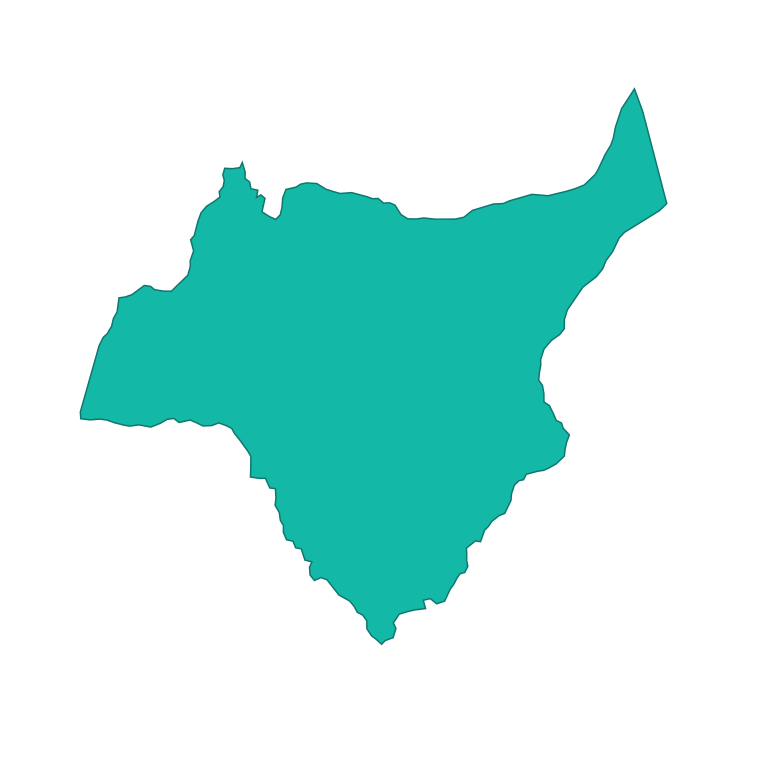 Portelândia, Goiás, Brazil (Robinson projection), rotated 172°
{"feature_id": "56859067B45598066883188", "entity_name": "Portelândia", "entity_type": "district", "adm_level": 2, "iso_a3": "BRA", "parent_name": "Brazil", "parent_adm1": "Goiás", "projection": "robinson", "projection_center": [-52.695, -17.338], "detail": "fine", "context": "isolated", "style": "filled", "palette": "teal", "viewbox_px": 768, "rotation_deg": 172, "n_neighbors": 0, "source": "geoboundaries", "source_scale": "gbopen_adm2", "svg_char_len": 2831}
<svg xmlns="http://www.w3.org/2000/svg" viewBox="0 0 768 768"><g transform="rotate(172 384 384)"><path d="M391.9,155.4L385.0,156.0L374.1,155.8L375.2,164.4L368.0,165.0L362.4,159.0L354.2,160.5L346.9,171.7L342.6,176.1L338.7,181.7L335.1,185.5L330.3,186.1L326.4,191.7L326.7,197.9L325.7,204.3L325.2,210.0L315.3,215.9L310.4,214.4L304.7,225.2L300.6,228.3L296.3,233.0L288.4,237.6L282.4,239.1L278.3,245.3L274.5,250.9L273.0,257.5L269.1,265.6L263.9,269.4L259.1,269.8L255.7,274.8L250.9,275.4L244.0,276.2L237.8,276.3L232.2,278.0L224.5,281.0L215.5,287.5L213.6,294.6L211.3,300.8L207.5,307.8L212.7,315.2L213.7,320.7L218.5,324.0L220.4,331.1L223.2,339.6L228.1,344.0L227.0,352.3L227.3,360.6L230.3,366.2L228.3,374.4L226.2,380.6L225.5,386.4L220.6,396.5L212.1,403.9L203.1,408.6L197.8,413.6L196.4,422.7L192.1,431.9L173.6,452.2L158.8,460.7L151.5,467.5L146.9,475.4L139.3,483.1L130.7,496.0L124.6,500.8L87.2,517.3L78.9,523.3L89.8,617.5L94.9,641.4L110.4,623.6L119.0,606.3L122.7,595.6L126.2,588.9L133.2,580.3L142.4,566.2L145.7,562.1L158.0,553.2L167.8,550.8L176.8,549.4L195.3,547.6L211.2,551.2L234.3,547.9L240.7,546.1L250.5,547.0L272.3,543.6L281.7,538.0L290.7,537.4L310.8,540.2L321.5,542.9L329.0,542.9L337.4,544.2L343.6,549.4L348.2,559.6L353.1,562.6L359.3,563.2L363.9,568.5L369.6,569.1L374.7,571.8L389.3,578.0L401.1,578.8L409.1,582.4L414.4,585.0L422.7,591.9L432.7,593.9L438.8,593.5L443.7,591.2L454.0,590.3L458.4,582.4L460.4,573.2L463.2,566.0L468.3,562.1L474.0,565.6L480.9,571.5L476.0,584.4L479.6,588.4L484.3,586.5L482.0,593.5L488.6,595.9L488.9,602.7L493.0,606.8L492.0,613.3L493.5,623.1L496.6,618.3L504.0,618.3L511.7,619.8L514.5,613.6L513.8,607.8L515.8,601.9L520.4,597.4L520.4,591.9L527.6,588.0L534.8,584.8L541.2,579.2L545.4,571.5L551.2,557.4L555.4,553.8L554.0,542.3L558.7,533.2L559.5,527.3L563.1,519.0L575.3,510.2L581.5,505.5L589.5,506.7L598.0,509.3L601.6,513.2L607.7,514.9L621.3,507.5L628.2,506.2L634.4,506.2L638.3,492.5L642.8,486.6L645.7,479.1L651.1,472.3L655.5,469.3L660.8,461.6L663.1,456.3L688.6,398.6L689.1,391.8L680.2,389.4L670.2,388.8L663.2,386.8L656.0,383.0L646.5,379.2L641.7,377.7L632.4,377.6L627.8,376.1L620.9,373.8L611.0,376.2L603.6,379.2L596.9,379.1L592.3,374.4L586.1,374.9L581.0,375.3L575.1,371.7L569.0,367.6L560.2,366.8L553.0,368.5L545.8,364.6L541.0,361.2L538.9,355.8L534.3,348.0L528.2,336.4L525.9,330.8L527.6,319.6L529.2,310.5L520.2,307.8L514.6,307.2L511.5,296.9L506.1,295.5L506.8,286.5L508.7,279.0L505.6,271.3L505.6,263.3L503.3,257.9L504.3,251.2L502.2,243.3L496.0,241.0L494.3,234.1L488.9,232.3L486.8,220.6L480.2,218.0L483.3,212.7L483.8,205.0L480.2,199.1L473.5,201.1L467.8,198.2L462.5,189.1L458.1,181.4L448.1,173.8L444.5,167.8L442.2,161.6L437.5,158.4L434.0,152.0L435.0,143.9L431.4,136.4L427.5,132.5L422.6,126.6L418.5,129.8L410.3,131.5L406.2,140.2L408.0,146.1L400.9,154.0L391.9,155.4Z" fill="#14b8a6" stroke="#0f766e" stroke-width="1.5"/></g></svg>